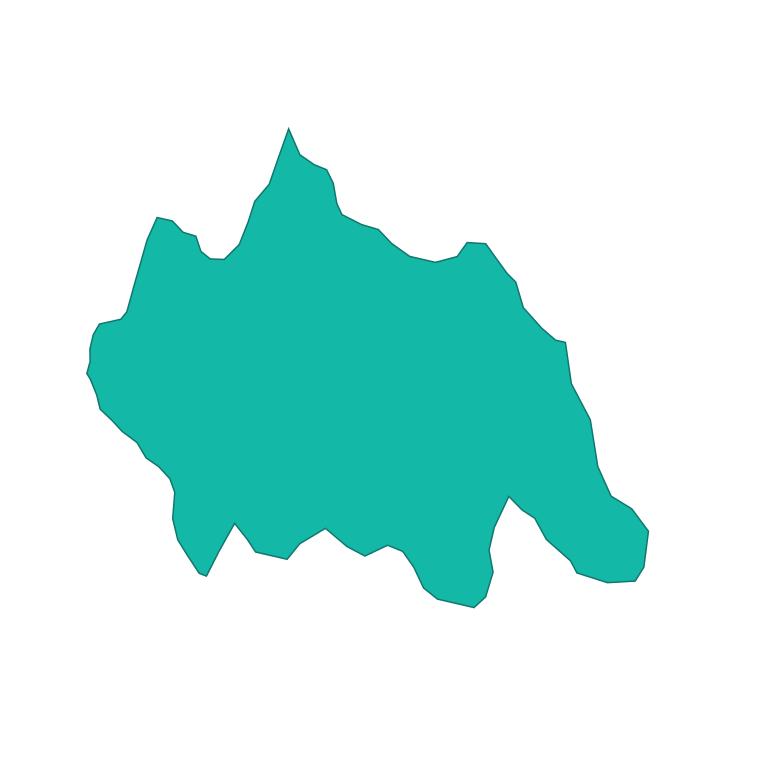 outline of Svenljunga, Västra Götaland, Sweden, rotated 103°
{"feature_id": "70781695B82404495889294", "entity_name": "Svenljunga", "entity_type": "district", "adm_level": 2, "iso_a3": "SWE", "parent_name": "Sweden", "parent_adm1": "Västra Götaland", "projection": "natural_earth1", "projection_center": [13.101, 57.432], "detail": "fine", "context": "isolated", "style": "filled", "palette": "teal", "viewbox_px": 768, "rotation_deg": 103, "n_neighbors": 0, "source": "geoboundaries", "source_scale": "gbopen_adm2", "svg_char_len": 1296}
<svg xmlns="http://www.w3.org/2000/svg" viewBox="0 0 768 768"><g transform="rotate(103 384 384)"><path d="M440.7,675.9L445.4,671.2L459.4,661.4L472.4,654.9L480.8,640.6L489.2,628.3L496.6,611.5L509.6,599.1L515.2,584.9L524.5,571.3L536.6,563.5L562.7,559.6L582.2,549.9L595.2,537.0L610.1,521.4L611.1,513.8L584.4,507.2L553.4,498.2L566.3,482.1L576.6,471.3L576.6,439.0L558.5,430.1L537.8,408.6L550.7,383.5L555.9,363.9L540.3,344.2L542.9,328.1L555.8,313.8L573.9,299.5L581.6,283.5L581.6,246.0L568.6,237.1L542.8,235.4L522.2,244.3L499.0,244.3L465.4,237.1L475.7,221.1L480.9,206.9L498.9,190.9L514.4,162.4L524.7,153.5L527.3,121.6L525.2,114.3L519.5,94.9L504.0,89.6L468.0,93.2L449.9,114.5L442.2,137.5L416.4,157.1L372.5,174.9L341.6,201.5L302.7,216.6L302.7,226.7L294.2,242.8L278.3,265.4L255.1,278.5L248.7,288.8L236.0,303.4L224.4,316.5L227.5,334.8L243.4,341.4L253.9,361.2L253.9,387.6L245.4,408.1L234.8,424.2L233.7,441.8L228.4,463.1L218.9,470.5L199.8,478.6L188.2,488.1L186.0,501.4L179.6,517.5L156.9,534.3L180.4,537.0L215.2,540.8L235.1,551.0L256.6,552.8L280.6,556.4L298.6,567.7L301.2,581.5L296.0,592.2L282.3,600.6L281.4,613.8L272.8,626.9L272.8,642.5L296.8,647.2L343.2,649.6L371.5,650.8L380.1,655.0L389.6,674.8L401.6,678.4L416.2,678.4L428.2,675.4L440.7,675.9Z" fill="#14b8a6" stroke="#0f766e" stroke-width="1.5"/></g></svg>